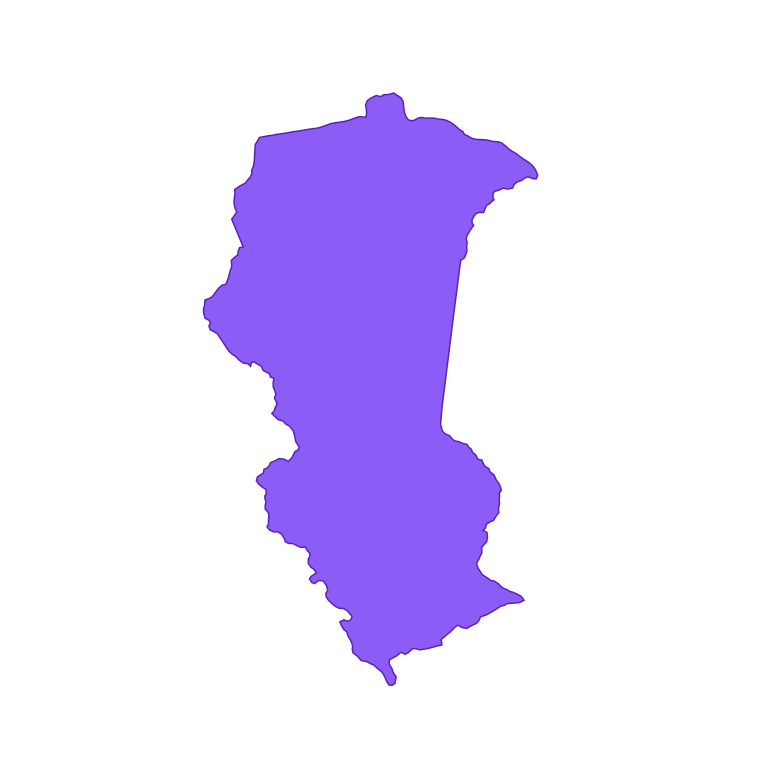 Jacaraci, Bahia, Brazil (Robinson projection), rotated 296°
{"feature_id": "56859067B69691333207758", "entity_name": "Jacaraci", "entity_type": "district", "adm_level": 2, "iso_a3": "BRA", "parent_name": "Brazil", "parent_adm1": "Bahia", "projection": "robinson", "projection_center": [-42.339, -14.806], "detail": "fine", "context": "isolated", "style": "filled", "palette": "violet", "viewbox_px": 768, "rotation_deg": 296, "n_neighbors": 0, "source": "geoboundaries", "source_scale": "gbopen_adm2", "svg_char_len": 4995}
<svg xmlns="http://www.w3.org/2000/svg" viewBox="0 0 768 768"><g transform="rotate(296 384 384)"><path d="M381.1,186.3L378.1,187.4L375.6,188.4L372.7,188.7L368.9,190.6L364.7,194.3L364.5,198.5L363.2,201.2L359.4,201.2L356.5,204.1L356.5,208.4L356.1,212.2L354.5,214.9L352.7,218.1L350.7,221.4L349.2,223.9L347.3,227.0L345.3,230.7L344.1,235.1L343.7,239.0L342.1,243.0L341.1,248.2L342.6,253.0L341.4,256.2L345.3,255.5L347.0,257.8L346.3,262.1L346.3,266.0L343.4,269.2L343.1,272.7L343.0,276.7L340.4,279.0L340.9,282.5L336.6,283.8L332.8,285.7L330.7,288.2L327.5,291.2L323.3,291.8L320.8,295.0L318.5,296.8L314.6,296.5L311.9,297.2L308.4,296.1L306.9,300.5L305.5,304.8L306.5,309.2L304.9,313.4L304.7,317.5L302.1,323.0L298.0,326.6L293.6,329.9L291.6,333.1L290.0,335.6L287.0,335.6L284.1,333.6L280.5,333.6L277.6,333.6L272.5,331.9L272.6,327.1L270.9,322.3L266.5,319.1L263.7,316.5L260.1,316.6L256.9,315.6L254.7,313.5L251.1,314.6L248.6,313.1L245.0,311.0L241.3,311.6L239.3,314.6L238.3,318.1L237.5,324.1L233.8,326.3L230.9,326.0L228.4,327.6L226.2,329.6L222.8,330.4L219.7,331.9L217.4,336.9L213.8,338.9L210.3,340.1L207.5,341.6L204.3,341.5L202.6,345.2L202.7,349.6L204.6,353.4L204.2,357.6L201.5,362.1L198.9,364.6L198.9,368.1L200.7,372.3L200.5,376.9L200.6,380.7L203.0,384.9L200.6,388.1L199.2,391.7L196.4,392.9L193.4,392.7L189.5,394.7L187.4,398.4L186.6,402.5L184.8,405.9L181.9,404.5L179.3,402.9L176.2,402.4L173.9,406.1L174.3,409.2L178.8,411.4L180.4,415.6L178.9,418.4L177.2,421.2L173.6,423.9L170.5,423.5L167.7,425.0L165.4,428.5L164.1,432.5L162.9,437.2L162.7,441.7L164.5,446.1L164.0,450.7L162.7,453.5L161.1,457.2L157.6,457.5L155.0,455.8L154.5,451.4L150.8,448.5L148.4,451.5L145.6,455.7L145.0,459.0L141.8,462.1L138.9,466.4L136.6,469.0L134.2,471.0L131.5,471.8L128.8,474.0L127.6,479.7L125.4,484.8L127.0,490.2L126.7,494.6L127.0,498.3L125.5,502.6L124.1,508.6L122.5,511.3L120.3,514.0L117.7,517.0L115.7,520.4L116.6,523.3L119.9,525.1L126.1,523.3L128.9,518.3L131.5,516.1L134.7,511.3L138.6,509.8L144.8,514.3L150.5,517.1L150.3,521.4L153.2,523.6L158.6,525.6L160.2,529.0L160.8,532.8L165.5,539.4L172.2,547.1L174.9,550.4L179.5,547.4L189.9,552.1L196.6,554.4L199.7,556.2L199.3,560.7L200.6,565.6L204.7,568.2L209.5,572.1L213.5,573.1L216.9,572.7L219.6,575.4L221.8,577.6L231.0,583.7L235.4,586.2L237.8,589.2L240.5,590.9L247.0,601.7L251.0,604.7L253.3,600.5L253.5,595.7L253.3,591.1L252.7,587.8L253.1,584.8L252.7,581.2L253.3,578.0L254.6,574.1L255.2,569.7L254.3,565.8L255.0,561.7L255.7,555.9L257.9,552.4L259.7,549.3L263.3,545.8L267.8,546.1L271.6,545.9L275.1,545.9L280.2,543.4L283.9,544.4L287.2,545.4L291.6,544.2L295.8,541.6L295.7,537.3L299.0,538.3L303.1,537.6L307.1,540.1L309.2,542.1L311.9,542.4L315.5,542.8L318.5,543.6L322.3,541.4L326.8,540.4L329.7,538.6L333.2,537.3L336.4,535.5L339.6,536.1L342.7,533.8L344.9,530.9L346.8,527.2L350.7,522.4L351.4,517.9L354.0,515.3L354.2,510.9L356.5,507.6L358.5,505.3L357.5,501.5L360.6,497.4L361.5,493.2L363.5,491.3L364.4,487.8L366.1,485.2L365.1,481.0L365.0,476.4L363.8,472.5L364.5,469.3L366.3,465.8L365.9,461.0L367.3,457.2L369.5,455.2L372.5,452.5L390.3,445.7L409.8,439.1L472.1,417.8L528.8,398.7L532.4,400.9L535.6,400.7L539.6,400.4L544.0,397.9L547.7,396.7L550.7,394.1L554.7,393.6L560.4,394.1L565.7,395.1L567.7,392.3L570.5,391.1L574.2,391.4L577.0,391.7L579.9,394.2L581.8,398.4L586.0,397.9L589.8,397.9L592.2,399.9L595.0,400.6L597.7,402.1L599.8,399.9L602.7,398.6L605.5,398.8L608.5,402.3L612.1,405.1L613.6,410.0L616.5,413.7L620.1,413.4L623.9,415.0L627.2,418.4L630.8,420.2L633.5,422.8L633.7,427.5L635.1,430.9L639.0,430.7L641.7,427.7L643.8,424.9L645.2,422.2L646.3,418.5L646.9,414.9L647.3,411.1L648.2,405.6L649.0,402.1L649.3,397.4L649.8,393.8L651.0,389.7L652.3,383.7L651.8,380.6L650.6,377.6L649.4,374.6L648.7,370.5L647.1,366.1L645.9,363.3L644.4,360.1L643.3,355.4L643.7,350.4L643.6,346.8L645.4,344.3L645.8,340.1L647.4,334.8L648.3,329.7L648.4,324.7L647.5,320.8L645.8,316.5L645.1,312.8L643.2,308.8L640.9,304.3L640.1,301.1L638.4,298.5L636.0,296.8L633.2,294.5L632.0,290.3L633.9,286.6L637.1,283.3L641.3,280.5L646.2,277.4L648.7,273.9L649.2,269.6L649.8,265.2L645.8,260.7L644.0,257.1L640.8,255.0L639.9,250.6L635.3,246.9L631.3,244.7L626.5,245.2L622.5,248.2L618.8,250.1L615.5,250.6L614.3,246.4L612.8,243.8L609.8,240.9L606.0,237.2L602.7,233.4L600.3,230.0L598.6,227.5L596.9,225.0L594.7,222.1L592.0,219.4L589.6,217.1L586.7,214.2L584.0,210.9L581.7,207.2L579.7,204.4L577.6,201.4L575.6,198.7L573.9,196.2L572.1,193.5L570.1,190.8L568.0,187.8L566.0,185.1L563.6,181.6L561.1,177.8L558.7,174.8L556.7,171.7L554.4,168.6L551.1,164.1L542.7,163.3L539.9,164.5L535.5,166.3L532.4,167.6L529.3,169.0L526.1,170.1L522.5,171.1L518.0,171.4L515.1,173.0L511.5,173.1L507.6,172.1L504.0,171.4L499.0,167.8L495.8,166.0L493.3,164.5L490.2,166.4L486.0,167.8L482.5,169.0L479.0,171.1L476.5,173.4L473.8,176.3L465.4,174.9L445.5,197.4L443.2,194.4L440.1,194.7L435.8,195.9L431.4,193.7L428.0,192.6L424.4,194.8L421.8,195.9L418.0,196.1L413.2,197.2L406.9,198.1L404.1,198.0L401.9,195.2L397.5,193.3L387.0,191.3L384.2,189.4L381.1,186.3Z" fill="#8b5cf6" stroke="#5b21b6" stroke-width="1.5"/></g></svg>